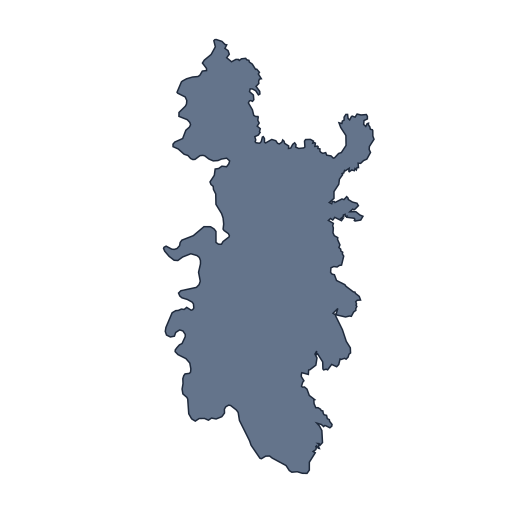 outline of Cañadas de Obregón, Jalisco, Mexico, rotated 298°
{"feature_id": "50627088B32610413083762", "entity_name": "Cañadas de Obregón", "entity_type": "district", "adm_level": 2, "iso_a3": "MEX", "parent_name": "Mexico", "parent_adm1": "Jalisco", "projection": "albers", "projection_center": [-102.677, 21.168], "detail": "fine", "context": "isolated", "style": "filled", "palette": "slate", "viewbox_px": 512, "rotation_deg": 298, "n_neighbors": 0, "source": "geoboundaries", "source_scale": "gbopen_adm2", "svg_char_len": 6143}
<svg xmlns="http://www.w3.org/2000/svg" viewBox="0 0 512 512"><g transform="rotate(298 256 256)"><path d="M363.5,109.4L363.0,110.4L363.2,118.8L360.8,121.9L357.5,123.3L355.1,123.3L346.6,120.6L343.1,122.4L344.1,131.3L342.9,134.8L341.2,136.6L338.5,136.7L334.1,135.0L325.3,136.1L318.5,130.8L315.8,130.2L313.6,131.4L314.0,137.1L312.1,144.7L312.8,148.7L311.4,152.5L311.5,155.0L312.7,156.8L318.3,159.4L319.9,161.8L320.4,163.6L319.5,168.9L319.9,173.6L322.4,177.6L325.4,180.0L328.6,184.2L327.6,188.1L324.6,188.7L321.0,188.1L319.3,183.7L315.8,182.0L313.6,179.1L307.7,181.3L299.8,180.6L298.0,182.7L297.4,185.5L294.8,187.2L291.9,191.3L282.8,196.4L277.3,205.7L274.1,209.1L269.0,212.5L264.3,214.3L263.5,215.8L262.8,221.1L261.4,223.0L260.1,223.2L253.3,220.1L250.2,220.0L248.8,217.4L249.2,214.3L258.9,209.1L260.2,206.3L260.5,202.1L257.5,196.3L244.5,191.1L235.2,183.1L232.3,182.7L229.2,183.7L225.6,182.8L223.5,180.8L222.5,178.5L222.5,172.0L220.5,170.7L219.3,170.8L217.4,173.1L214.9,179.4L213.8,185.7L215.3,189.1L220.7,191.7L227.4,197.4L228.7,203.7L228.1,206.6L225.9,209.1L222.9,210.7L214.7,212.9L207.6,218.6L204.0,219.2L200.3,218.1L190.1,206.0L186.9,205.0L184.9,207.5L184.3,210.2L185.4,215.8L185.3,221.2L184.4,223.2L180.9,225.5L178.9,225.3L177.7,224.2L178.1,218.9L175.1,217.7L174.1,215.0L171.5,213.0L170.1,210.8L166.5,208.6L150.6,210.0L146.8,211.3L144.2,214.1L144.3,218.4L146.9,221.6L150.8,221.0L154.9,223.3L155.5,226.7L153.5,230.4L151.5,231.4L144.0,231.8L141.6,230.1L137.9,229.2L135.2,228.8L133.6,229.5L132.3,233.4L132.5,242.3L130.4,247.8L125.7,251.5L122.8,252.7L121.1,252.3L118.6,248.7L116.4,248.4L113.3,249.0L109.0,251.5L103.8,253.2L99.9,256.2L98.7,261.4L97.6,262.9L85.1,270.7L82.0,275.6L81.7,279.9L85.8,282.1L88.4,286.8L88.7,291.1L92.0,292.8L93.4,297.3L98.0,301.2L99.5,301.5L102.6,301.9L105.9,300.0L108.7,300.1L111.5,301.9L112.1,303.8L110.8,311.0L109.5,313.7L103.0,318.6L89.8,337.1L86.6,340.5L79.3,354.4L79.5,355.9L83.8,358.5L85.8,361.9L85.2,365.0L85.1,380.9L82.2,386.1L81.9,389.1L84.9,393.7L85.9,398.9L88.0,403.1L92.0,403.6L99.0,399.9L110.1,400.7L110.2,398.2L113.1,399.7L115.0,399.3L115.8,398.3L116.8,398.6L115.5,401.2L115.8,402.3L116.9,400.9L119.3,400.0L119.5,398.7L120.0,399.8L119.1,401.4L122.5,402.3L132.8,396.1L135.7,391.8L137.0,388.2L137.9,392.8L137.1,395.8L138.5,396.2L138.9,397.2L139.0,401.9L141.3,402.8L143.0,402.2L144.6,398.6L145.9,397.6L145.9,395.3L148.4,393.1L147.8,390.8L148.4,389.5L150.6,387.7L150.1,386.2L151.0,384.9L151.2,382.0L150.1,380.0L152.9,376.6L155.9,374.7L156.7,375.4L157.9,368.5L162.4,363.5L163.1,360.3L162.0,358.6L162.4,357.3L166.4,356.5L168.3,356.9L170.8,352.6L172.8,351.6L174.5,351.3L176.0,357.8L180.1,356.0L180.9,357.0L187.7,360.1L194.6,357.7L197.1,354.1L200.6,354.2L197.0,355.6L198.5,356.4L193.8,364.6L187.7,368.1L187.2,369.2L189.0,371.1L189.1,372.7L195.8,373.7L196.1,379.2L199.0,380.0L204.5,378.6L204.6,379.7L207.2,382.2L207.2,384.0L210.0,384.8L212.9,384.2L214.8,385.0L219.2,382.4L223.0,375.8L231.5,366.9L240.5,354.4L242.2,353.6L241.4,353.0L241.6,350.9L248.1,352.9L242.4,354.0L241.9,355.2L244.2,363.7L246.9,366.7L247.5,368.5L252.4,368.5L254.9,369.7L256.3,368.8L258.9,368.7L259.5,367.4L260.9,367.3L262.4,365.5L264.4,366.1L266.2,369.0L268.8,366.1L269.7,361.3L270.6,360.3L270.0,358.8L271.5,349.6L272.4,348.0L272.2,338.6L276.3,334.0L275.7,331.8L276.5,329.6L280.7,327.7L283.2,329.6L284.4,332.8L286.8,334.0L288.1,335.8L297.1,333.5L298.3,331.3L300.0,330.8L300.3,328.5L301.8,327.6L302.4,325.2L305.2,324.9L308.9,320.2L310.6,319.6L310.7,315.6L312.6,313.1L317.1,311.1L318.7,309.5L321.1,309.0L321.4,303.2L324.1,304.2L323.8,306.9L327.1,307.4L327.3,314.9L330.3,315.3L329.1,313.4L331.9,314.5L333.2,313.9L334.6,315.1L333.0,316.1L333.9,317.7L332.8,317.9L335.4,325.0L334.9,326.0L333.5,326.1L333.4,327.1L336.9,331.6L341.3,331.8L341.0,328.5L342.0,323.3L339.1,318.1L342.8,319.4L342.8,320.8L343.8,321.4L348.5,322.8L350.0,320.4L348.9,315.8L349.2,310.9L350.3,310.2L351.0,308.2L347.1,307.2L346.7,305.1L340.3,300.6L340.8,299.4L339.9,297.8L337.7,298.3L337.6,295.6L343.5,297.8L349.5,294.6L358.2,295.4L363.0,293.6L368.4,294.3L369.2,293.3L370.5,294.5L373.1,294.0L373.1,294.8L377.2,297.1L374.5,298.1L374.2,298.8L376.9,300.2L377.5,302.8L379.7,302.4L379.1,304.2L381.5,303.7L382.2,305.0L385.9,302.6L386.9,304.9L390.8,306.2L393.6,308.4L401.2,308.5L403.2,305.9L405.9,304.7L414.5,305.4L416.7,302.9L421.6,300.2L422.1,299.4L421.6,297.5L423.6,295.7L424.4,293.8L426.1,293.0L425.0,292.0L421.9,292.1L422.7,289.3L426.3,287.8L429.3,290.0L431.6,288.8L432.7,287.0L429.8,282.5L428.8,278.6L425.1,278.3L424.7,275.3L424.0,274.8L420.1,274.8L420.7,272.7L424.0,270.4L423.2,268.9L419.9,268.6L417.4,270.0L415.6,268.9L413.3,269.6L412.6,266.7L409.2,270.5L404.6,278.8L395.9,283.6L387.4,282.8L385.3,280.8L379.6,279.3L378.7,278.3L379.6,275.2L378.2,271.1L380.0,269.0L378.0,266.8L378.0,264.5L378.6,263.2L380.6,262.2L380.0,260.2L381.6,259.6L381.9,258.7L380.4,256.5L383.5,255.5L383.6,254.5L382.3,253.1L384.4,252.8L384.5,249.3L382.1,245.1L380.2,244.9L375.2,248.0L373.8,247.4L371.0,243.2L370.8,239.9L373.0,239.1L374.1,237.0L371.9,236.0L367.6,236.0L366.2,234.2L368.5,233.2L368.9,228.4L370.5,226.9L371.0,225.1L368.6,225.4L365.9,224.0L365.6,222.1L367.1,219.4L366.3,215.2L360.3,211.4L360.4,210.2L363.7,208.3L364.8,206.4L364.0,205.8L359.6,206.9L358.0,206.6L357.1,206.0L356.0,202.8L356.5,201.6L358.4,201.3L360.8,198.9L363.9,201.3L367.1,201.6L367.4,200.7L370.4,200.0L371.2,196.1L374.9,196.4L376.6,193.9L379.6,192.8L380.1,192.3L379.0,190.1L379.1,188.0L383.4,184.2L387.6,177.4L389.9,177.4L390.8,178.4L390.9,180.3L393.0,180.7L396.9,178.1L398.1,173.1L400.8,172.4L401.8,174.4L401.8,178.1L399.4,182.5L400.9,183.4L403.1,182.0L405.8,176.4L409.7,177.5L411.7,176.2L413.8,176.0L415.0,177.5L417.8,172.6L419.8,172.8L421.3,168.9L420.6,168.0L423.7,162.6L424.1,159.1L425.4,157.9L424.9,155.6L425.7,154.1L423.3,150.6L420.8,149.4L421.3,148.3L420.2,146.0L416.0,143.2L417.3,137.0L421.6,137.7L424.2,134.9L424.7,131.1L428.7,131.0L428.2,129.4L429.5,125.2L428.5,119.3L427.7,118.1L426.3,117.7L421.6,121.9L412.9,121.8L404.7,118.4L401.2,118.1L398.4,124.2L396.5,125.3L394.1,121.8L389.4,121.6L387.3,120.6L384.2,115.9L379.9,111.5L376.1,109.0L374.8,108.4L363.5,109.4Z" fill="#64748b" stroke="#1e293b" stroke-width="1.5"/></g></svg>